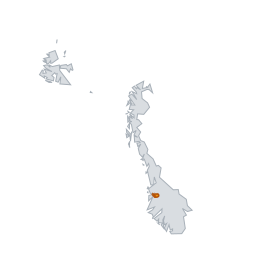 Sunndal nor, Møre og Romsdal, Norway (highlighted), rotated 315°
{"feature_id": "86288312B1434706694830", "entity_name": "Sunndal nor", "entity_type": "district", "adm_level": 2, "iso_a3": "NOR", "parent_name": "Norway", "parent_adm1": "Møre og Romsdal", "projection": "orthographic", "projection_center": [8.529, 62.636], "detail": "fine", "context": "in_parent", "style": "filled", "palette": "amber", "viewbox_px": 256, "rotation_deg": 315, "n_neighbors": 0, "source": "geoboundaries", "source_scale": "gbopen_adm2", "svg_char_len": 4967}
<svg xmlns="http://www.w3.org/2000/svg" viewBox="0 0 256 256"><g transform="rotate(315 128 128)"><path d="M144.8,124.8L140.2,128.2L141.3,129.7L140.9,134.7L134.6,133.8L134.1,139.8L130.0,141.0L128.1,145.9L129.6,149.4L126.9,157.2L123.4,159.3L123.9,167.5L121.1,174.9L123.0,175.9L123.2,179.6L115.4,185.1L116.3,203.7L120.0,207.1L117.4,210.8L118.8,219.6L115.1,224.9L115.2,231.5L111.0,229.1L109.6,223.4L107.7,230.9L104.5,230.0L97.4,239.6L91.3,240.7L83.8,233.5L84.4,230.7L86.8,232.2L88.2,230.9L85.8,229.9L88.6,225.4L82.1,228.4L83.1,224.4L87.8,222.8L85.4,222.3L87.5,218.7L91.8,216.1L87.6,217.6L82.3,224.4L82.9,219.9L85.3,219.7L82.7,216.4L85.3,214.1L82.7,214.5L82.4,210.5L92.1,211.7L94.9,209.2L82.9,209.0L84.2,206.1L82.5,202.1L87.5,203.3L90.9,202.6L83.6,199.4L97.3,194.1L91.1,194.1L95.0,190.5L99.7,193.0L97.6,189.9L99.5,185.5L109.2,186.7L112.0,181.2L106.0,186.3L103.9,184.4L111.7,171.6L115.9,170.2L117.4,167.7L114.2,168.5L117.5,161.5L116.4,160.2L121.2,157.9L117.6,158.8L117.7,154.7L120.8,149.7L125.7,148.4L121.9,148.1L123.6,145.0L126.2,146.9L126.4,145.2L122.7,142.7L126.7,138.1L128.3,141.4L127.3,137.2L132.1,135.5L128.2,134.9L132.9,128.0L133.0,124.9L135.3,126.1L134.2,124.5L137.3,120.9L137.8,124.6L139.1,119.1L139.5,125.1L141.4,123.0L140.2,119.2L144.9,119.1L142.0,115.7L146.0,113.4L149.1,116.6L151.0,105.8L154.7,106.7L154.3,114.1L156.7,105.2L158.4,109.9L159.3,108.5L159.5,102.5L162.2,102.9L161.7,106.1L162.9,105.8L163.9,109.8L163.9,103.5L172.2,106.0L166.1,110.2L170.3,113.0L174.6,112.4L170.3,120.5L170.1,115.9L168.8,114.2L163.1,112.0L158.8,117.1L159.6,124.1L157.9,128.6L148.8,129.5L144.8,124.8ZM112.5,24.2L115.6,26.2L115.9,30.1L116.9,27.8L117.9,31.0L124.0,34.9L120.4,39.1L118.0,56.9L111.0,48.7L116.7,44.3L111.0,46.2L109.9,43.8L116.4,39.4L114.9,38.7L115.3,37.1L111.2,37.0L111.4,40.0L108.6,41.9L104.7,35.3L106.6,35.2L105.6,32.0L104.3,33.6L103.1,27.7L108.3,26.4L108.8,27.3L106.5,29.3L109.2,31.3L110.4,27.1L114.1,34.3L112.2,27.5L112.5,24.2ZM117.6,19.3L122.7,22.5L122.8,18.3L123.4,18.7L123.7,20.9L125.3,18.9L131.2,21.7L127.6,29.7L120.1,28.4L119.1,27.6L120.8,25.8L117.2,26.3L116.1,24.9L116.9,23.7L115.2,22.9L117.6,22.8L116.9,20.9L118.1,21.7L117.6,19.3ZM124.7,36.2L129.3,39.6L129.1,41.2L133.3,42.5L130.2,48.0L129.3,47.8L129.2,45.5L125.8,47.1L126.3,42.5L122.3,37.8L124.7,36.2ZM125.4,134.9L128.1,133.1L120.4,139.1L124.1,134.6L123.9,130.3L125.9,127.8L125.4,134.9ZM128.8,126.6L132.5,125.7L128.5,129.5L128.8,126.6ZM132.1,123.7L136.6,118.8L134.6,123.6L132.1,123.7ZM103.2,35.8L105.8,40.2L106.5,42.1L104.4,40.0L103.2,35.8ZM122.4,130.9L123.4,134.6L120.3,134.0L122.4,130.9ZM147.4,108.6L146.1,111.7L143.1,111.2L146.1,110.0L147.4,108.6ZM148.2,110.4L148.1,113.7L146.7,113.1L148.2,110.4ZM116.9,139.7L119.8,138.6L116.7,141.4L116.9,139.7ZM140.2,15.5L137.4,17.6L140.3,15.3L140.2,15.5ZM136.5,29.4L138.8,29.3L135.7,30.8L136.5,29.4ZM152.6,105.1L154.4,103.9L155.2,104.3L152.6,105.1ZM149.3,109.3L149.3,111.1L148.4,109.8L149.3,109.3ZM139.7,116.2L140.0,117.8L139.1,117.4L139.7,116.2ZM127.3,75.7L127.4,77.4L126.4,76.2L127.3,75.7ZM134.6,32.7L133.5,32.8L133.2,32.3L134.6,32.7ZM109.7,171.7L110.5,173.0L108.6,172.8L109.7,171.7ZM136.1,116.4L137.3,116.9L138.1,117.7L136.1,116.4ZM115.4,20.8L116.0,21.8L115.3,21.5L115.4,20.8ZM100.4,184.5L98.2,184.7L100.5,183.8L100.4,184.5ZM97.3,186.8L96.4,188.0L96.1,187.4L97.3,186.8ZM116.3,141.8L115.4,143.2L116.3,140.9L116.3,141.8ZM82.2,216.9L81.9,218.8L81.8,216.3L82.2,216.9ZM115.6,160.5L115.0,159.4L115.7,159.5L115.6,160.5ZM170.2,111.3L170.5,112.7L170.3,112.5L170.2,111.3ZM116.2,161.5L115.1,161.9L116.4,161.3L116.2,161.5ZM112.9,164.3L113.1,165.4L112.5,165.1L112.9,164.3ZM82.0,208.9L81.4,210.0L81.6,209.0L82.0,208.9Z" fill="#d9dde1" stroke="#a8b0b8" stroke-width="1"/><path d="M99.7,193.1L99.6,192.9L99.4,192.8L99.2,192.8L99.1,192.7L98.9,192.6L99.0,192.8L99.2,193.0L99.3,193.0L99.2,193.1L98.9,192.9L98.7,192.8L98.6,193.0L98.8,193.2L98.8,193.3L98.9,193.7L98.7,193.5L98.4,193.5L98.5,193.6L98.8,193.8L99.0,193.9L99.0,194.0L99.3,194.1L99.4,194.3L99.4,194.5L99.3,194.8L99.3,194.7L99.3,194.8L99.3,194.7L99.3,194.8L99.3,194.7L99.3,194.8L99.3,194.7L99.3,194.8L99.3,194.7L99.3,194.8L99.3,194.7L99.2,194.7L99.2,194.4L99.1,194.2L98.9,194.2L98.9,194.3L98.8,194.2L98.7,194.1L98.6,193.9L98.4,193.8L98.3,193.7L98.2,193.7L98.2,193.8L97.9,194.0L98.0,194.3L98.0,194.5L98.2,194.8L98.1,195.0L97.9,195.4L97.9,195.7L98.0,195.8L98.0,195.7L98.3,195.7L98.4,195.9L98.6,196.1L98.5,196.4L98.7,196.6L99.2,196.9L99.2,197.0L99.3,197.1L99.6,197.4L99.9,197.4L100.2,197.7L100.5,197.6L100.9,197.7L101.1,197.9L101.3,197.9L101.5,197.8L101.7,197.7L101.9,197.6L102.1,197.4L102.3,197.2L102.4,196.9L102.4,196.4L102.4,196.2L102.5,196.2L102.5,195.9L102.5,195.7L102.4,195.7L102.2,195.7L101.9,195.4L101.8,195.2L101.5,194.8L101.3,194.8L101.1,194.3L100.9,194.2L100.7,194.1L100.4,194.0L100.3,193.9L100.2,193.9L99.9,193.8L99.7,193.7L99.7,193.4L99.5,193.2L99.7,193.1ZM98.7,192.3L98.7,192.5L98.8,192.4L98.8,192.5L98.8,192.4L98.7,192.4L98.8,192.4L98.7,192.4L98.7,192.3Z" fill="#f59e0b" stroke="#b45309" stroke-width="1.5"/></g></svg>